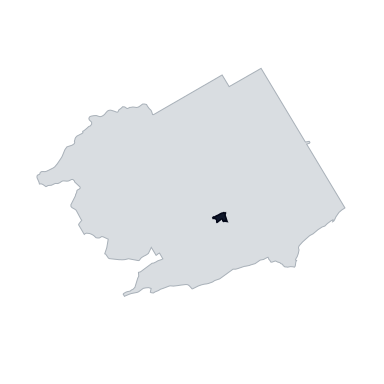 location of Bahri, Khartoum, Sudan, rotated 59°
{"feature_id": "16777658B15021592307574", "entity_name": "Bahri", "entity_type": "district", "adm_level": 2, "iso_a3": "SDN", "parent_name": "Sudan", "parent_adm1": "Khartoum", "projection": "equal_earth", "projection_center": [32.683, 15.975], "detail": "fine", "context": "in_parent", "style": "filled", "palette": "ink", "viewbox_px": 384, "rotation_deg": 59, "n_neighbors": 0, "source": "geoboundaries", "source_scale": "gbopen_adm2", "svg_char_len": 5279}
<svg xmlns="http://www.w3.org/2000/svg" viewBox="0 0 384 384"><g transform="rotate(59 192 192)"><path d="M246.7,303.6L244.1,303.6L243.8,302.8L243.8,300.5L244.1,298.8L245.1,296.0L244.8,294.5L245.0,292.4L244.3,290.0L238.0,283.0L236.7,281.0L233.3,279.3L233.9,277.3L232.5,263.0L233.2,261.3L233.4,258.8L233.4,256.6L234.2,253.0L234.3,251.4L227.6,251.3L227.5,252.9L227.8,254.7L227.8,255.4L218.5,255.4L222.2,261.0L222.4,263.5L222.2,266.5L222.2,268.5L222.4,269.8L223.4,272.3L223.4,272.8L223.1,273.4L216.5,280.8L215.4,284.3L214.5,286.1L212.6,289.2L206.5,297.2L205.5,297.7L200.9,298.0L200.5,298.2L200.1,298.6L199.9,298.5L195.9,293.8L189.3,288.1L184.9,291.1L183.7,292.2L183.7,294.9L183.0,296.3L181.8,297.8L178.6,298.7L176.9,299.6L174.9,301.1L172.9,303.7L172.7,305.0L172.9,306.2L161.7,306.1L161.0,305.2L159.4,301.0L158.2,301.2L148.0,300.7L146.6,301.2L143.6,302.9L142.1,303.2L140.6,302.4L135.3,294.0L134.2,293.0L133.0,291.1L131.8,290.2L131.4,289.6L131.3,288.7L131.4,286.8L131.0,285.7L130.1,285.4L122.9,287.4L121.9,287.1L120.4,287.5L119.8,287.8L119.2,288.9L119.1,291.2L118.9,292.3L118.3,293.6L116.3,296.4L115.8,297.7L115.9,300.8L115.7,302.4L115.4,303.1L114.5,304.3L114.2,305.0L113.8,309.0L112.6,311.4L112.3,312.2L112.3,314.0L112.1,314.5L108.8,315.9L107.6,316.8L106.8,318.1L106.6,318.7L105.2,318.2L103.4,317.9L100.0,317.5L98.7,316.8L98.0,315.9L98.3,313.4L97.9,312.9L97.4,312.5L97.0,311.5L97.1,310.2L98.9,307.4L99.3,305.9L99.9,298.9L99.8,296.8L98.4,292.8L95.2,286.0L94.4,284.7L90.3,279.2L89.9,278.3L88.9,276.0L90.1,270.8L90.1,269.4L89.9,267.9L88.9,266.8L87.9,266.7L86.7,265.3L86.0,264.7L85.3,263.5L84.8,261.8L85.2,255.7L85.0,254.9L84.0,254.7L83.7,254.3L83.8,253.1L83.3,249.7L82.7,246.8L83.0,245.2L82.2,243.1L80.5,242.1L77.3,242.9L76.3,242.7L75.6,242.3L75.1,241.5L74.8,240.6L75.1,239.2L76.1,236.6L77.3,234.5L79.6,232.6L80.3,231.6L80.6,230.5L80.7,229.2L80.6,227.8L80.3,226.5L79.7,224.9L79.1,222.9L79.1,221.6L79.4,220.7L80.0,219.5L82.4,217.3L84.8,215.4L85.2,214.8L85.1,214.0L84.0,212.5L83.7,209.5L83.2,207.5L84.4,205.9L85.3,205.4L86.7,204.9L87.2,204.3L87.4,203.0L87.4,201.8L87.9,201.0L88.6,199.1L89.2,198.2L91.0,196.0L91.5,194.6L91.6,193.2L91.2,189.0L92.2,187.3L93.6,185.9L95.5,186.0L98.5,185.7L100.6,185.1L102.0,185.1L105.3,185.9L105.7,185.5L105.9,184.4L107.2,105.9L120.8,105.9L121.6,69.1L206.9,69.1L207.6,69.0L208.9,65.5L209.5,65.3L210.4,65.5L210.7,66.3L210.0,69.1L284.4,69.1L284.6,73.2L285.2,76.6L287.4,81.4L289.2,84.0L289.9,85.4L289.9,86.1L289.9,86.7L289.3,86.0L288.4,85.5L288.3,87.7L288.8,92.3L289.6,95.6L289.0,98.6L289.2,103.6L290.2,109.7L290.0,113.6L291.7,122.7L293.2,127.7L294.1,129.0L295.0,129.6L296.8,130.1L299.5,132.6L301.7,135.3L302.4,136.8L303.5,138.3L304.1,138.0L304.6,137.6L305.3,138.9L308.6,141.6L309.2,142.9L308.0,144.1L306.6,146.2L305.9,148.2L305.6,148.9L304.5,150.1L304.3,150.7L303.8,151.1L303.3,151.1L302.2,151.8L301.2,151.6L300.1,151.9L299.7,152.4L298.9,152.8L297.8,153.1L296.1,154.7L294.6,155.6L294.0,156.2L293.3,159.6L292.7,160.5L290.5,160.5L289.4,160.8L287.9,160.5L287.1,160.5L286.9,161.2L286.7,164.1L286.7,165.3L285.5,168.6L285.9,174.8L284.7,179.4L284.6,180.4L283.3,184.1L282.7,185.4L281.2,192.3L280.6,194.4L279.3,196.6L280.7,213.0L279.6,218.1L279.7,220.8L278.9,224.9L278.3,226.8L277.3,229.0L276.5,231.6L275.8,234.9L275.3,241.3L275.1,241.8L271.0,242.6L269.8,243.1L268.9,243.8L267.9,245.4L265.9,249.9L264.8,252.6L263.1,256.4L261.2,259.0L260.8,260.3L260.4,262.7L259.7,266.5L259.1,269.2L259.2,271.4L258.6,275.2L258.7,277.0L258.0,278.0L257.1,279.0L256.4,279.3L253.6,276.7L251.6,278.5L250.4,280.9L249.5,283.4L250.0,288.6L250.0,289.8L249.7,291.0L247.8,296.2L247.3,298.5L246.7,302.6L246.7,303.6Z" fill="#d9dde1" stroke="#a8b0b8" stroke-width="1"/><path d="M235.4,177.1L235.2,177.1L234.6,176.9L232.4,176.4L231.7,176.2L230.1,175.9L229.1,175.6L228.8,175.5L228.6,175.4L228.4,175.2L227.8,174.6L227.7,174.5L227.5,174.4L227.4,174.3L227.4,174.2L227.2,174.1L227.2,174.4L227.2,174.5L227.1,174.8L226.9,174.9L226.7,175.0L226.4,175.0L226.2,175.1L226.0,175.3L226.0,175.5L226.1,175.8L226.1,176.0L225.9,176.3L225.9,176.5L225.7,176.7L225.7,176.8L225.6,177.0L225.5,177.3L225.5,177.5L225.4,177.7L225.4,177.8L225.4,178.0L225.4,178.3L225.3,178.5L225.3,178.8L225.3,179.1L225.3,179.3L225.3,179.6L225.4,179.8L225.3,180.2L225.3,180.3L225.3,180.5L225.3,180.8L225.3,181.0L225.4,181.3L225.4,181.6L225.3,181.8L225.2,182.1L225.1,182.3L225.1,182.5L225.1,182.8L225.1,183.1L225.0,183.4L225.0,183.5L225.0,183.8L225.0,184.0L225.1,184.3L225.0,184.5L225.0,184.9L225.0,185.0L225.0,185.4L224.9,185.6L224.9,185.8L224.8,186.0L224.7,186.3L224.7,186.5L224.6,186.8L224.6,187.0L224.5,187.3L224.5,187.2L224.6,187.3L224.7,187.5L224.8,187.5L225.0,187.5L225.3,187.5L225.6,187.5L225.6,187.4L225.7,187.1L225.7,186.9L225.6,186.6L225.6,186.3L225.8,186.2L226.2,186.2L226.3,186.2L226.5,186.2L226.6,185.9L226.7,185.7L226.8,185.7L227.0,185.7L227.5,185.5L227.9,185.3L228.6,185.3L228.8,185.4L229.1,185.5L229.8,185.8L230.3,186.2L230.6,186.3L230.9,186.3L231.0,186.0L230.8,184.6L230.5,182.5L230.5,182.2L230.3,180.9L230.4,180.3L230.7,180.0L231.3,179.9L231.9,180.1L232.3,180.4L232.7,180.4L233.4,180.2L233.6,180.0L233.7,179.7L233.6,179.3L233.4,179.0L233.3,178.8L233.4,178.4L233.6,178.1L233.8,178.1L233.9,178.3L233.9,178.5L233.8,178.8L234.0,178.8L234.1,178.7L235.4,177.1L235.4,177.1Z" fill="#0f172a" stroke="#020617" stroke-width="1.5"/></g></svg>